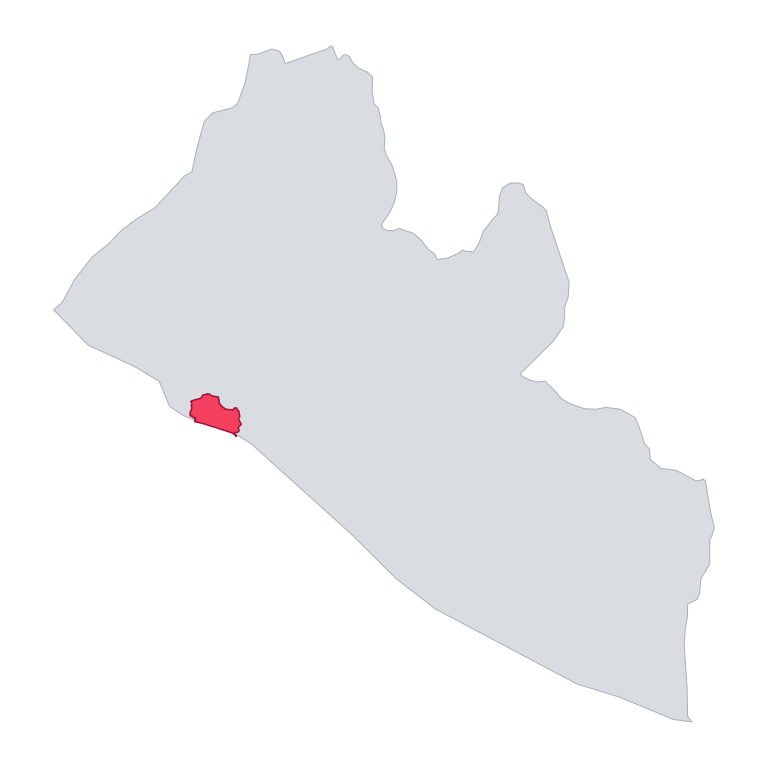 location of Mambah Kaba, Margibi, Liberia
{"feature_id": "62588387B59975354142856", "entity_name": "Mambah Kaba", "entity_type": "district", "adm_level": 2, "iso_a3": "LBR", "parent_name": "Liberia", "parent_adm1": "Margibi", "projection": "orthographic", "projection_center": [-10.524, 6.256], "detail": "fine", "context": "in_parent", "style": "filled", "palette": "rose", "viewbox_px": 768, "rotation_deg": 0, "n_neighbors": 0, "source": "geoboundaries", "source_scale": "gbopen_adm2", "svg_char_len": 4475}
<svg xmlns="http://www.w3.org/2000/svg" viewBox="0 0 768 768"><path d="M53.6,309.8L62.1,302.6L74.7,279.4L92.2,257.1L108.5,243.9L121.5,230.3L135.2,219.9L154.8,207.8L184.8,175.7L191.8,172.0L196.6,149.8L204.1,121.6L212.7,112.8L233.1,107.6L237.9,102.7L245.1,82.8L249.7,59.7L250.1,54.6L258.1,54.1L271.8,49.0L279.8,51.3L283.3,57.9L285.1,63.6L326.7,49.1L330.3,46.1L332.5,46.6L337.7,59.6L340.7,58.8L343.2,55.0L346.0,54.7L349.3,56.4L352.5,62.5L357.8,67.9L366.8,71.7L372.6,77.0L372.0,90.9L374.2,104.4L378.1,107.5L380.2,115.6L381.3,124.5L383.4,129.2L385.0,138.1L384.2,147.7L385.9,154.5L392.5,166.1L396.7,180.8L396.8,191.2L394.4,202.1L390.0,212.2L382.3,223.1L381.6,227.4L386.3,230.2L393.2,230.8L399.1,228.5L413.8,233.5L421.6,240.7L428.4,249.5L434.5,254.0L437.3,259.6L447.7,258.0L459.9,252.6L462.4,250.0L466.0,251.4L473.8,251.9L479.3,242.2L483.6,231.0L493.0,218.9L497.6,214.2L498.8,206.4L499.3,196.4L502.7,187.8L510.4,183.0L518.8,183.0L523.4,184.7L525.7,193.1L532.5,199.5L538.3,203.9L541.4,205.7L546.2,210.6L550.8,227.5L569.1,282.1L568.2,297.2L564.7,307.0L564.7,316.7L563.5,326.2L552.6,341.9L520.2,373.9L522.7,376.7L530.5,380.3L538.4,382.1L544.9,381.1L553.1,389.1L561.9,399.1L571.2,404.2L584.6,408.8L596.3,409.2L606.2,407.4L620.3,409.3L635.3,417.6L640.6,431.2L644.3,443.2L649.5,449.2L650.3,459.5L660.9,468.5L676.1,470.3L695.8,480.8L700.8,480.2L702.9,478.9L705.4,480.8L710.5,511.6L714.4,527.8L712.4,534.4L709.8,539.6L709.7,564.4L700.9,578.7L699.5,594.4L697.1,599.4L687.6,604.0L687.5,616.0L685.1,630.5L684.2,645.9L687.0,686.2L687.6,716.3L691.9,721.9L673.4,719.5L618.8,696.9L576.7,683.9L435.8,609.2L396.7,579.2L351.6,534.4L251.4,444.0L228.6,429.5L199.8,422.5L182.0,414.8L169.5,406.4L159.3,381.4L134.3,366.4L88.2,345.2L53.6,309.8Z" fill="#d9dde1" stroke="#a8b0b8" stroke-width="1"/><path d="M197.2,399.3L194.7,399.8L192.6,400.7L192.2,400.7L192.0,400.8L191.4,401.1L191.0,401.3L190.9,401.5L191.0,401.6L191.4,402.6L191.5,402.6L191.6,402.8L191.6,403.0L191.7,404.3L191.7,404.5L191.4,405.5L191.2,405.6L191.3,405.7L191.4,406.2L191.5,406.3L191.6,406.8L191.7,407.3L191.8,407.6L191.8,407.8L191.7,408.2L191.5,409.1L191.4,409.3L191.2,409.8L191.0,410.4L190.9,410.7L190.3,412.1L190.2,412.2L190.3,412.5L190.2,412.5L190.3,412.7L190.3,412.8L190.3,413.0L190.3,413.3L190.3,413.5L190.3,413.8L190.3,414.0L190.0,414.0L189.9,414.2L190.0,414.3L189.9,414.4L189.9,414.6L189.9,414.8L190.2,415.2L190.4,415.3L190.7,415.7L190.9,416.0L191.0,416.2L191.0,416.3L191.9,415.7L192.1,415.8L192.3,416.1L192.8,416.5L193.0,417.1L193.3,417.8L193.6,417.8L193.8,417.8L193.7,417.9L193.7,418.0L193.9,418.1L194.2,418.1L194.8,417.7L195.0,417.7L195.4,417.8L195.7,417.8L195.6,418.1L195.4,418.6L195.3,418.8L195.3,419.9L195.4,420.1L194.7,420.1L194.7,421.4L194.7,421.6L198.1,422.4L198.6,422.5L201.8,423.3L205.6,424.3L206.2,424.5L210.0,425.9L213.4,426.9L215.1,427.3L215.5,427.4L219.3,428.8L224.5,430.4L228.1,431.6L229.0,431.9L232.2,433.0L233.4,433.8L234.6,434.7L235.4,435.7L235.9,436.4L236.0,436.5L236.1,436.4L236.4,436.1L236.4,435.7L236.2,435.3L235.9,435.0L235.4,434.6L234.5,434.0L234.4,433.4L234.6,432.8L234.8,432.7L235.0,432.5L235.5,432.4L235.7,432.5L236.0,432.3L237.5,432.2L238.3,431.8L238.7,431.5L238.9,430.7L239.0,430.4L239.1,430.2L239.0,429.8L239.0,429.7L238.7,429.0L238.3,428.3L238.3,428.2L238.3,427.8L238.6,427.5L238.6,427.4L239.0,426.6L239.5,426.2L241.1,424.6L241.1,424.1L241.1,423.9L241.0,423.6L240.8,423.1L240.2,422.4L239.8,421.3L239.6,421.0L239.4,420.7L239.0,420.2L238.8,419.5L238.7,419.0L238.7,418.8L238.8,418.5L238.9,418.2L239.5,417.4L239.5,417.2L239.8,416.4L239.7,416.1L239.7,415.8L239.5,414.7L239.3,413.8L239.2,413.3L239.1,412.8L239.0,412.5L238.9,411.8L238.9,411.6L238.9,411.3L238.8,411.2L238.6,410.9L238.2,410.6L237.2,409.3L237.0,408.6L236.8,408.1L235.3,407.8L233.9,408.5L233.5,409.6L233.4,410.0L232.5,410.0L230.7,409.6L228.6,409.6L228.0,409.5L226.7,409.3L226.2,409.0L225.2,409.2L225.0,408.9L224.9,408.9L224.6,408.2L224.4,408.2L223.0,407.5L222.2,406.4L221.9,406.1L220.4,404.8L219.9,404.1L219.7,403.6L219.5,403.1L219.4,402.7L219.2,402.3L219.1,401.7L219.1,401.0L218.9,399.3L218.8,398.8L218.4,397.4L218.3,396.9L217.5,396.9L214.9,396.4L214.7,396.3L214.3,396.3L212.8,396.0L212.4,395.9L211.2,395.4L210.5,395.0L210.2,394.6L209.8,394.3L209.6,394.1L209.0,394.1L208.8,394.1L208.6,394.1L207.1,393.9L207.1,394.4L206.1,394.4L205.8,394.4L205.6,394.5L204.2,394.7L203.9,394.8L203.0,395.0L202.8,395.2L202.7,395.3L202.1,396.4L201.9,396.6L200.6,398.4L200.2,398.6L198.0,398.9L197.2,399.3Z" fill="#f43f5e" stroke="#9f1239" stroke-width="1.5"/></svg>